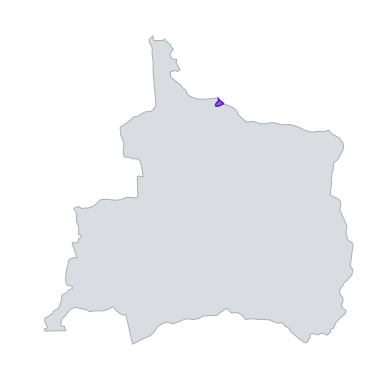 Yumbi, Bandundu, Democratic Republic of the Congo shown in context, rotated 86°
{"feature_id": "63176286B53648445078824", "entity_name": "Yumbi", "entity_type": "district", "adm_level": 2, "iso_a3": "COD", "parent_name": "Democratic Republic of the Congo", "parent_adm1": "Bandundu", "projection": "orthographic", "projection_center": [16.525, -2.097], "detail": "fine", "context": "in_parent", "style": "filled", "palette": "violet", "viewbox_px": 384, "rotation_deg": 86, "n_neighbors": 0, "source": "geoboundaries", "source_scale": "gbopen_adm2", "svg_char_len": 4678}
<svg xmlns="http://www.w3.org/2000/svg" viewBox="0 0 384 384"><g transform="rotate(86 192 192)"><path d="M339.6,261.9L309.5,266.5L310.1,268.3L309.7,270.1L308.9,271.5L305.7,275.3L301.0,278.8L301.0,279.6L303.2,283.5L304.4,288.9L303.7,298.3L304.2,300.9L304.0,302.8L302.4,305.0L298.9,316.3L300.7,321.8L306.4,326.9L309.7,330.7L315.4,332.1L316.4,331.9L316.9,328.8L321.5,327.6L320.5,347.7L320.1,348.8L319.3,349.0L318.2,348.4L317.9,346.5L316.8,345.6L311.0,348.0L309.6,348.0L308.0,347.5L306.9,346.5L306.7,345.0L303.0,339.1L301.1,338.7L299.1,333.4L290.3,329.5L286.9,329.2L285.2,328.0L283.6,323.8L280.7,321.1L280.1,318.2L279.5,317.8L277.7,318.3L276.0,323.0L273.9,324.1L270.2,324.2L261.0,322.8L254.5,320.3L252.7,320.5L250.2,318.3L249.2,314.7L249.9,311.9L249.4,311.5L239.2,313.8L236.7,315.2L234.5,314.8L233.8,314.0L234.8,312.1L234.4,310.0L233.7,309.1L230.7,308.3L229.8,306.1L228.0,305.7L227.3,306.0L226.9,307.6L225.7,308.1L219.7,307.3L213.3,309.2L204.9,308.7L200.8,311.0L200.2,310.9L199.4,309.7L198.7,305.9L199.1,304.9L200.4,304.1L200.8,302.6L200.5,298.7L200.9,297.7L200.4,295.4L199.2,291.8L197.5,288.8L193.7,284.3L193.1,282.2L193.4,277.2L194.8,269.3L194.7,263.4L193.2,259.6L192.9,255.5L194.0,248.1L193.0,246.3L173.5,245.6L172.7,245.1L172.4,244.0L173.3,239.6L161.4,240.7L157.8,241.5L155.6,243.3L154.9,245.6L154.8,248.8L152.9,251.9L152.4,257.1L149.1,257.7L145.8,257.7L139.5,256.5L133.3,258.0L130.3,259.4L128.7,258.7L123.1,259.3L122.4,258.9L116.1,248.6L113.2,245.2L112.7,243.5L112.9,241.9L112.2,239.8L109.2,234.5L108.7,232.0L108.8,228.2L108.5,226.9L105.8,223.6L104.0,222.5L102.1,221.9L70.1,222.4L59.5,221.7L51.8,222.2L47.9,221.9L46.8,221.5L43.3,222.2L41.4,223.6L38.7,224.3L36.9,224.0L33.6,220.2L38.1,219.5L38.4,219.1L38.7,209.9L37.5,208.7L39.9,207.1L43.8,203.0L47.6,201.6L48.1,200.8L48.9,200.8L50.3,202.5L53.6,204.7L57.6,202.7L58.1,202.2L58.6,198.3L59.6,197.9L61.4,198.8L62.3,198.8L64.1,197.6L69.3,195.6L70.8,198.2L69.4,200.4L70.1,202.0L70.2,204.6L71.1,205.1L75.2,205.4L76.4,204.8L84.5,195.8L86.7,194.7L90.1,191.1L94.6,189.5L96.6,186.7L99.2,181.6L100.4,174.3L100.0,161.7L100.4,160.0L105.8,154.3L111.5,144.0L115.4,141.3L118.2,140.2L122.7,136.4L126.2,132.6L125.7,128.1L126.5,124.3L128.5,119.5L129.1,114.4L128.4,109.1L128.7,104.7L131.3,97.7L131.5,89.7L133.9,82.9L138.6,74.4L140.7,68.1L140.3,61.8L140.9,57.2L140.7,54.5L139.8,52.1L140.2,50.7L142.0,50.1L144.2,47.7L148.1,41.6L152.4,38.6L155.3,37.7L158.4,37.8L160.4,38.3L163.7,40.7L167.5,42.7L170.3,45.1L173.1,48.8L179.7,49.6L182.5,51.0L184.3,51.5L184.9,51.2L186.3,51.4L189.4,52.5L191.9,51.9L204.2,54.4L205.6,53.1L209.0,46.8L211.5,44.6L215.7,44.4L218.9,45.6L220.7,45.6L235.6,40.2L237.5,39.9L243.0,41.3L246.5,40.4L247.9,40.7L251.0,39.7L253.4,35.9L255.5,35.0L276.9,39.3L280.2,37.3L281.7,37.0L286.5,38.6L287.9,40.9L290.8,43.0L292.9,46.3L296.1,48.2L297.7,50.0L299.6,51.3L303.5,51.8L308.3,48.8L311.8,49.1L315.3,50.8L316.5,50.7L319.1,49.0L320.4,47.1L321.8,46.7L323.8,47.6L325.5,49.3L327.1,51.9L332.4,57.7L337.6,60.2L338.9,63.8L340.8,63.4L341.7,63.8L343.0,66.0L344.0,66.5L344.2,67.4L342.9,69.5L341.8,73.5L343.4,76.0L342.1,79.6L341.5,83.3L343.1,84.3L345.3,84.2L347.3,86.2L348.8,86.5L350.4,88.6L350.1,90.3L345.1,96.3L337.6,103.7L335.0,104.6L333.7,105.9L332.8,108.1L330.6,109.9L328.9,110.6L328.7,116.0L326.2,121.6L325.2,122.7L323.8,131.8L324.0,133.3L322.6,140.7L322.8,147.6L319.1,149.8L316.6,153.2L315.5,155.5L315.4,161.1L311.2,164.5L310.9,165.3L311.9,169.3L313.4,169.9L313.5,171.3L316.8,175.6L316.4,188.7L316.6,189.9L318.3,193.1L319.4,199.0L318.0,206.5L322.3,220.4L320.1,225.4L321.0,230.3L323.6,235.4L329.9,240.4L331.6,242.5L333.1,245.3L334.5,249.6L339.6,261.9Z" fill="#d9dde1" stroke="#a8b0b8" stroke-width="1"/><path d="M104.1,160.7L104.3,160.8L104.5,160.9L104.8,161.0L105.0,161.2L105.2,161.4L105.3,161.6L105.6,161.9L105.7,162.0L105.8,162.0L106.0,162.1L106.3,162.1L106.5,162.2L106.6,162.3L106.8,162.4L107.0,162.4L107.2,162.5L107.4,162.6L107.6,162.5L107.6,162.4L107.7,162.2L107.8,162.0L107.9,161.9L108.1,161.8L108.2,161.6L108.2,161.3L108.2,161.2L108.1,160.9L108.1,160.7L108.3,160.3L108.1,160.0L108.0,159.7L108.0,159.4L107.9,159.4L107.8,159.2L107.7,158.7L107.6,158.2L107.6,157.9L107.7,157.6L107.5,157.1L107.4,157.0L107.2,156.9L106.7,156.4L106.6,156.2L106.5,155.9L106.5,155.7L106.4,155.5L106.3,155.4L106.3,155.2L106.2,155.2L106.1,154.9L106.2,154.7L105.2,154.9L105.0,155.3L104.8,155.4L104.7,155.5L104.5,155.8L104.2,156.2L104.1,156.3L103.6,156.9L103.4,157.0L103.0,157.4L103.0,157.5L102.9,157.5L102.2,158.2L101.8,158.4L101.6,158.5L101.3,158.8L100.8,159.1L101.6,159.1L101.8,159.2L102.3,159.2L102.6,159.3L102.8,159.3L103.0,159.3L103.5,159.4L103.5,159.5L103.7,159.9L103.9,160.2L104.0,160.4L104.1,160.7Z" fill="#8b5cf6" stroke="#5b21b6" stroke-width="1.5"/></g></svg>